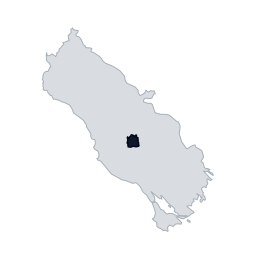 Kirsehir highlighted on a map of Turkey, rotated 228°
{"feature_id": "TUR-2286", "entity_name": "Kirsehir", "entity_type": "Province", "adm_level": 1, "iso_a3": "TUR", "parent_name": "Turkey", "parent_adm1": "", "projection": "robinson", "projection_center": [34.21, 39.339], "detail": "fine", "context": "in_parent", "style": "filled", "palette": "ink", "viewbox_px": 256, "rotation_deg": 228, "n_neighbors": 0, "source": "natural_earth", "source_scale": "10m", "svg_char_len": 4317}
<svg xmlns="http://www.w3.org/2000/svg" viewBox="0 0 256 256"><g transform="rotate(228 128 128)"><path d="M199.3,91.8L203.0,93.0L204.1,92.1L207.4,92.2L210.4,92.9L211.9,90.9L214.0,91.1L214.4,92.1L215.4,92.5L218.6,95.0L218.2,95.3L219.0,96.3L221.7,96.9L222.0,98.1L224.1,100.1L225.3,103.0L224.7,105.1L223.6,106.3L225.4,110.8L225.0,111.4L228.2,112.8L232.2,112.6L233.5,113.2L237.6,116.7L238.6,118.1L235.8,116.4L234.4,117.9L233.7,121.4L229.5,122.0L230.2,124.2L231.4,125.3L231.1,127.4L231.5,128.3L232.7,129.7L232.6,131.6L233.1,133.6L233.2,136.1L235.0,136.8L234.3,137.9L232.5,142.9L232.6,143.2L234.0,143.4L237.0,145.7L236.5,146.4L237.0,149.6L239.6,151.6L239.3,152.7L239.4,153.7L237.5,153.2L233.8,156.1L233.4,156.0L232.8,155.0L232.6,152.2L231.7,151.5L230.5,151.3L228.4,152.6L226.5,152.5L224.7,152.3L219.6,150.5L217.8,151.1L215.9,150.5L212.3,153.9L211.1,154.2L210.5,152.5L209.2,151.5L207.6,152.8L201.2,154.5L198.3,154.8L194.7,154.2L191.7,154.4L183.7,158.2L176.0,160.3L169.0,160.1L165.2,157.7L162.2,157.1L153.4,160.8L149.0,160.7L147.5,159.2L144.2,158.6L143.5,160.0L142.8,163.5L144.0,166.6L142.1,166.8L140.9,167.5L140.6,169.9L138.9,170.8L138.3,172.3L138.0,172.3L135.2,171.1L136.0,170.0L134.2,165.6L135.1,164.2L138.7,160.6L138.5,158.5L137.0,157.0L132.4,159.7L132.0,160.7L131.0,161.5L129.3,161.8L121.2,158.4L116.4,161.4L112.3,165.8L109.3,167.4L100.2,168.6L98.6,169.4L95.6,168.5L93.7,167.3L89.6,162.3L81.7,158.6L73.4,157.7L72.7,158.6L72.3,162.5L70.9,166.1L70.2,166.5L68.4,165.6L62.0,167.7L56.5,165.3L55.6,164.3L54.5,160.1L53.7,159.8L52.8,160.4L51.8,160.4L48.0,158.5L45.8,158.4L44.5,160.2L42.4,160.9L42.4,160.4L43.2,159.3L39.9,159.5L38.2,160.4L35.8,159.8L36.0,159.4L37.9,158.8L42.3,158.1L45.2,155.3L34.7,155.5L33.7,156.1L33.5,154.6L34.1,153.9L36.9,153.4L36.8,152.2L35.1,150.9L33.3,150.2L32.5,147.2L31.6,146.4L31.7,146.0L33.5,145.4L33.9,143.2L33.7,141.9L30.3,140.7L29.6,140.8L28.8,139.6L27.3,138.7L26.1,139.4L22.8,137.6L23.4,136.3L24.3,136.3L24.5,135.3L23.8,133.6L23.9,132.7L24.7,132.4L25.5,132.6L26.3,133.6L26.4,135.6L27.3,136.8L27.9,135.6L29.5,136.3L32.3,135.6L32.8,135.1L30.8,135.2L30.1,134.7L28.5,131.5L30.2,130.5L31.5,129.0L29.2,127.9L29.7,125.7L27.7,123.2L30.5,120.0L30.4,119.5L29.5,119.4L21.2,120.7L21.1,119.3L21.8,118.0L21.8,114.9L22.2,113.3L23.8,112.8L25.7,110.4L28.9,107.5L32.0,107.6L33.3,106.8L35.2,106.7L35.7,107.8L37.4,108.6L40.3,108.5L41.7,107.8L40.4,106.4L42.1,105.9L43.4,106.2L42.6,107.8L43.0,107.9L46.8,107.5L50.8,107.8L55.1,107.7L55.7,107.2L52.6,105.6L54.6,104.3L55.8,104.0L64.9,102.7L65.0,102.4L59.4,101.7L56.5,99.9L55.8,98.9L56.4,96.6L57.0,95.9L59.0,95.8L65.9,96.9L70.8,96.3L76.2,97.9L81.3,97.5L82.4,96.8L83.7,94.5L90.9,90.8L93.5,88.8L104.7,84.9L121.6,85.6L124.5,84.1L126.2,84.6L125.7,85.6L125.8,86.5L127.8,88.8L130.8,90.1L135.0,89.0L136.5,89.4L138.0,93.0L140.6,95.2L141.8,95.4L143.4,94.1L144.9,93.9L147.4,95.2L148.3,96.5L156.3,97.9L158.0,99.0L163.5,100.1L175.5,97.6L179.9,99.3L183.6,99.9L185.2,99.6L190.0,97.5L191.5,96.4L194.5,95.4L198.3,93.1L199.3,91.8ZM44.3,85.4L43.9,87.0L44.6,88.8L46.2,91.2L47.9,92.5L56.0,95.8L54.8,98.9L52.7,99.4L45.7,97.9L42.9,99.2L40.8,98.9L37.9,99.4L37.1,101.3L35.0,103.5L29.3,106.1L24.0,111.4L22.5,112.1L23.2,110.3L23.2,108.7L25.5,106.9L28.7,105.5L29.6,104.3L21.7,104.5L21.0,102.9L21.8,102.6L24.4,99.7L24.8,98.5L24.6,95.7L27.8,94.1L28.1,93.4L27.6,90.6L24.7,89.0L24.8,88.2L27.0,87.4L28.2,85.5L31.3,85.1L32.8,84.1L35.5,83.7L38.7,86.1L42.7,85.2L44.3,85.4ZM19.8,111.2L17.2,111.7L16.4,111.2L17.2,110.4L19.3,109.8L19.9,110.6L19.8,111.2Z" fill="#d9dde1" stroke="#a8b0b8" stroke-width="1"/><path d="M112.1,127.3L112.2,126.9L111.5,126.6L111.3,126.4L110.9,126.3L110.3,126.2L110.1,126.1L109.9,125.8L109.7,125.7L108.9,125.1L107.6,124.3L107.4,123.6L108.7,121.4L110.6,120.0L111.4,118.8L111.9,117.3L113.8,115.6L114.0,115.8L114.2,116.0L114.9,116.1L115.5,116.6L116.1,117.2L116.6,117.4L117.5,117.4L117.7,117.7L117.8,118.0L118.0,118.3L119.6,120.2L120.1,120.5L120.7,120.6L121.2,121.0L121.5,121.7L120.8,121.8L120.1,121.6L119.8,121.7L119.8,122.1L119.9,122.6L120.1,123.0L120.3,123.7L120.1,124.6L120.5,125.2L120.7,125.8L120.2,126.4L119.5,126.7L118.9,127.0L117.5,127.6L117.2,128.4L117.4,129.0L117.4,129.3L116.9,129.4L115.7,128.4L115.4,128.4L114.9,128.4L114.7,128.4L114.1,128.8L113.6,128.4L113.4,127.8L113.0,127.6L112.7,127.6L112.3,127.6L112.1,127.3Z" fill="#0f172a" stroke="#020617" stroke-width="1.5"/></g></svg>